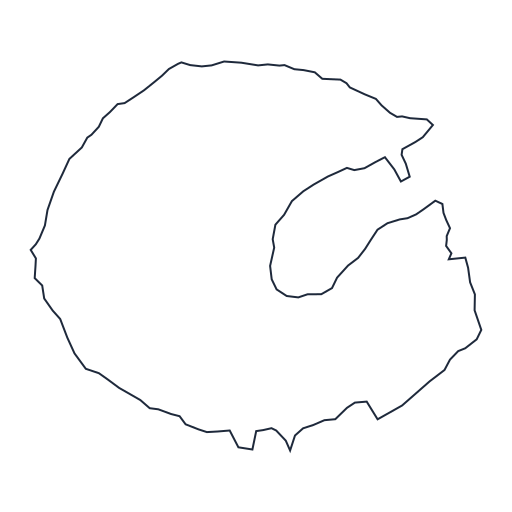 Ureparapara, Torba, Vanuatu (orthographic projection)
{"feature_id": "77236927B65524271778963", "entity_name": "Ureparapara", "entity_type": "district", "adm_level": 2, "iso_a3": "VUT", "parent_name": "Vanuatu", "parent_adm1": "Torba", "projection": "orthographic", "projection_center": [167.335, -13.537], "detail": "fine", "context": "isolated", "style": "outline", "palette": "slate", "viewbox_px": 512, "rotation_deg": 0, "n_neighbors": 0, "source": "geoboundaries", "source_scale": "gbopen_adm2", "svg_char_len": 1925}
<svg xmlns="http://www.w3.org/2000/svg" viewBox="0 0 512 512"><path d="M30.7,249.9L35.9,258.4L35.5,265.9L34.7,278.1L42.2,285.5L44.2,298.5L52.7,310.6L60.2,319.0L67.3,337.6L74.5,353.4L85.8,368.8L98.9,373.2L108.2,379.8L119.1,387.9L140.4,400.1L149.7,408.2L158.3,409.3L171.0,414.0L179.6,416.2L185.6,424.3L198.6,429.4L206.9,432.1L217.6,431.5L229.7,430.5L238.4,447.3L252.4,449.5L256.2,431.1L263.1,430.1L271.5,428.2L276.2,430.5L285.8,440.7L290.1,450.5L295.0,435.5L303.1,428.3L313.3,425.0L324.4,420.2L335.3,419.2L347.0,407.8L354.9,402.6L366.7,401.6L377.6,419.3L402.1,405.5L429.7,381.3L444.5,370.0L450.0,359.6L458.2,351.1L465.2,348.3L476.7,339.3L481.3,329.9L474.6,310.3L474.9,294.4L470.1,282.3L468.1,267.8L465.3,257.6L448.8,259.3L451.4,253.3L446.1,245.9L446.8,239.9L446.7,236.1L450.0,228.2L446.2,220.0L443.5,212.9L442.4,204.0L435.3,200.7L423.4,209.4L416.1,214.4L407.5,218.2L399.8,219.4L387.5,223.2L377.5,229.7L370.6,240.2L365.1,248.9L358.1,257.9L348.1,265.5L337.1,277.6L332.0,288.1L321.3,294.2L307.5,294.3L298.3,297.4L286.7,296.0L276.6,289.4L271.7,279.3L270.1,265.9L274.2,247.6L272.7,239.2L275.4,224.7L284.1,214.8L291.9,201.1L303.4,191.2L313.6,184.6L327.9,176.5L337.6,172.2L346.9,167.9L354.3,170.1L364.5,168.2L375.6,162.0L384.9,157.2L394.3,169.4L400.9,181.5L409.7,176.7L405.8,163.7L401.6,154.8L402.4,149.2L415.4,142.0L422.8,137.2L432.9,125.0L426.8,119.4L410.0,118.2L402.1,116.4L397.0,116.9L390.0,112.8L381.6,105.4L375.9,98.9L364.7,94.3L349.8,87.4L346.5,83.2L340.4,79.6L331.1,79.2L322.3,78.8L314.8,72.3L303.6,70.1L294.3,69.2L284.5,65.1L279.4,65.6L267.8,64.4L258.1,65.4L241.3,62.7L224.1,61.5L211.6,65.4L201.8,66.4L190.2,65.1L181.4,62.4L178.1,63.8L168.9,69.0L162.0,75.7L154.6,81.8L144.0,90.3L133.4,97.4L124.6,103.1L117.6,104.1L109.8,112.2L102.9,118.3L98.8,126.8L91.4,134.8L87.3,137.6L81.8,147.5L69.4,158.9L62.5,173.9L53.9,191.7L47.5,210.0L44.9,225.5L39.4,238.6L35.8,244.3L30.7,249.9Z" fill="none" stroke="#1e293b" stroke-width="2"/></svg>